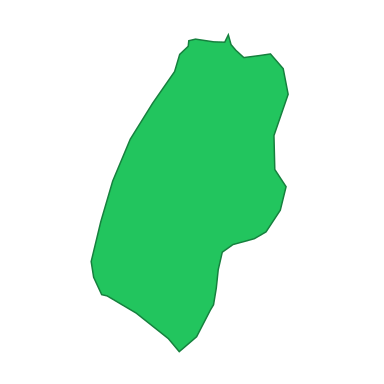 SVG path tracing the border of Vrapcište, rotated 276°
{"feature_id": "MKD-2959", "entity_name": "Vrapcište", "entity_type": "Statistical Region", "adm_level": 1, "iso_a3": "MKD", "parent_name": "North Macedonia", "parent_adm1": "", "projection": "robinson", "projection_center": [20.847, 41.862], "detail": "fine", "context": "isolated", "style": "filled", "palette": "green", "viewbox_px": 384, "rotation_deg": 276, "n_neighbors": 0, "source": "natural_earth", "source_scale": "10m", "svg_char_len": 639}
<svg xmlns="http://www.w3.org/2000/svg" viewBox="0 0 384 384"><g transform="rotate(276 192 192)"><path d="M31.9,196.0L43.7,183.8L65.8,149.0L79.8,118.4L80.5,112.9L96.9,103.1L112.3,99.0L153.0,104.4L194.6,112.0L238.1,125.1L276.2,143.6L309.9,162.1L327.6,165.4L336.5,173.0L342.1,173.0L344.4,179.5L343.6,198.0L344.4,208.9L352.1,211.7L342.7,215.4L337.5,220.8L331.1,229.5L334.7,244.7L337.5,255.6L324.2,269.8L299.2,277.4L256.7,267.6L223.0,272.0L207.1,285.0L183.1,281.7L160.1,269.8L152.1,258.9L144.0,238.2L135.3,228.4L117.4,226.2L98.9,226.2L82.1,225.2L76.5,222.6L48.5,211.7L31.9,196.0Z" fill="#22c55e" stroke="#15803d" stroke-width="1.5"/></g></svg>